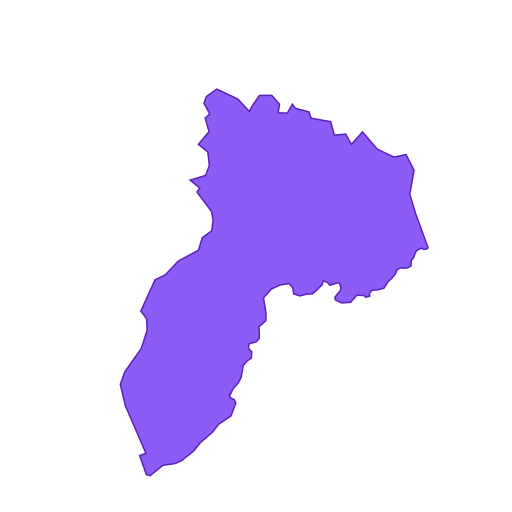 the district of Summit, Colorado, United States of America, rotated 250°
{"feature_id": "52423323B9243197654665", "entity_name": "Summit", "entity_type": "district", "adm_level": 2, "iso_a3": "USA", "parent_name": "United States of America", "parent_adm1": "Colorado", "projection": "robinson", "projection_center": [-106.158, 39.642], "detail": "fine", "context": "isolated", "style": "filled", "palette": "violet", "viewbox_px": 512, "rotation_deg": 250, "n_neighbors": 0, "source": "geoboundaries", "source_scale": "gbopen_adm2", "svg_char_len": 1810}
<svg xmlns="http://www.w3.org/2000/svg" viewBox="0 0 512 512"><g transform="rotate(250 256 256)"><path d="M88.2,78.2L85.8,81.3L91.2,96.9L88.6,108.9L89.2,116.2L94.1,130.8L99.6,139.8L105.4,154.9L110.8,163.7L114.3,177.9L120.1,182.7L124.5,186.7L128.6,186.4L131.1,183.7L134.8,183.4L134.9,184.7L139.3,189.4L142.5,195.6L147.0,200.5L152.5,203.7L157.4,206.5L160.1,211.2L161.8,216.8L167.6,219.3L170.7,217.5L173.0,217.8L175.8,219.5L175.6,222.8L175.3,227.0L177.3,230.7L181.4,232.4L188.5,234.5L191.8,243.1L198.7,245.8L214.0,248.7L219.6,258.8L220.5,268.4L218.9,277.6L213.4,279.7L207.4,278.5L203.4,283.8L202.9,289.9L201.2,296.0L203.3,301.8L206.5,308.6L209.6,310.4L207.4,313.6L203.3,315.5L202.9,322.1L202.7,324.3L201.1,325.4L200.2,325.0L197.8,325.0L194.6,323.4L192.5,319.5L190.1,315.9L187.8,315.5L185.7,317.4L182.6,320.4L180.1,329.0L184.6,337.0L182.2,343.6L179.8,344.9L179.4,349.2L181.8,349.5L184.1,353.1L182.6,358.7L182.0,365.3L186.6,371.1L188.5,375.7L191.6,380.9L194.6,383.6L195.6,387.5L194.2,390.1L193.0,394.6L193.7,398.3L198.9,400.5L200.4,403.4L201.9,404.5L206.0,408.4L206.9,414.1L204.9,415.8L204.1,419.4L205.0,420.5L241.6,420.5L261.5,421.6L282.4,433.8L300.0,431.7L301.8,419.4L314.9,406.5L336.1,398.5L328.3,383.8L339.9,382.0L342.7,371.0L356.6,372.1L366.7,354.9L373.3,355.1L381.3,343.5L386.2,342.1L379.6,334.4L382.9,325.8L390.6,330.0L401.6,325.7L405.7,314.2L398.7,304.2L394.2,299.1L409.7,292.6L426.2,276.3L422.8,263.9L417.4,259.4L405.3,261.1L403.0,255.4L388.9,254.4L380.6,240.0L370.3,246.3L357.0,243.1L349.0,236.3L349.8,220.0L339.1,226.4L336.3,222.4L313.0,229.4L304.5,228.0L294.8,223.0L291.6,211.8L281.1,203.9L277.8,181.3L269.4,164.5L268.1,152.9L243.6,128.9L234.4,131.8L223.3,128.2L208.2,116.4L192.2,93.3L181.8,84.6L159.9,82.0L108.2,85.1L108.3,78.4L88.2,78.2Z" fill="#8b5cf6" stroke="#5b21b6" stroke-width="1.5"/></g></svg>